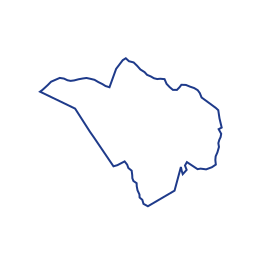 the district of Siriri, Sergipe, Brazil, rotated 294°
{"feature_id": "56859067B39899980118162", "entity_name": "Siriri", "entity_type": "district", "adm_level": 2, "iso_a3": "BRA", "parent_name": "Brazil", "parent_adm1": "Sergipe", "projection": "natural_earth1", "projection_center": [-37.12, -10.561], "detail": "fine", "context": "isolated", "style": "outline", "palette": "blue", "viewbox_px": 256, "rotation_deg": 294, "n_neighbors": 0, "source": "geoboundaries", "source_scale": "gbopen_adm2", "svg_char_len": 1226}
<svg xmlns="http://www.w3.org/2000/svg" viewBox="0 0 256 256"><g transform="rotate(294 128 128)"><path d="M125.4,32.9L124.2,71.8L109.0,94.9L105.4,100.9L87.1,130.3L89.7,133.4L96.1,138.5L94.2,142.1L91.6,144.6L90.5,148.7L86.7,151.0L83.9,152.4L81.8,154.5L81.1,158.3L78.3,159.7L75.0,162.0L71.9,165.5L69.2,166.9L68.2,170.3L65.0,173.0L64.6,178.0L89.7,196.0L113.9,192.2L110.7,194.5L108.1,196.8L113.6,198.6L116.9,195.3L120.8,195.7L118.7,208.3L120.4,210.8L122.0,216.2L126.3,220.6L130.3,223.1L134.3,220.8L137.8,219.6L142.0,219.6L147.7,218.8L150.9,216.7L154.4,216.2L157.3,216.3L160.6,215.5L163.8,211.3L166.5,213.4L174.1,207.6L181.0,203.2L182.0,200.2L185.8,182.8L189.1,179.4L190.9,176.3L191.4,172.2L191.0,167.7L190.9,163.4L189.2,159.2L186.2,158.5L182.7,157.2L181.1,153.5L182.3,149.4L184.0,145.3L187.5,141.5L186.1,137.4L184.6,134.8L184.0,131.5L184.4,127.7L184.3,123.8L185.8,120.4L186.5,115.5L188.5,111.1L190.2,106.5L189.4,101.7L190.8,97.6L187.8,95.6L177.2,93.1L157.7,94.5L157.2,90.4L157.7,86.8L157.9,82.1L158.4,77.8L157.6,73.4L156.8,69.7L154.8,66.5L152.4,63.0L149.6,59.5L147.7,56.4L147.0,53.3L147.1,49.4L146.0,45.3L142.4,42.0L139.0,38.9L134.5,37.2L130.8,35.6L127.9,34.3L125.4,32.9Z" fill="none" stroke="#1e3a8a" stroke-width="2"/></g></svg>